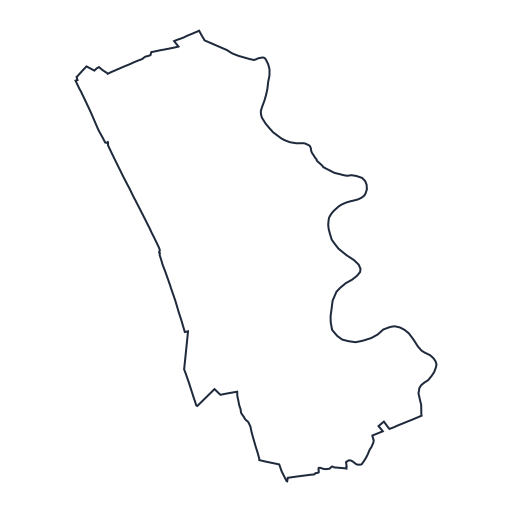 Tamaseni, Neamt, Romania
{"feature_id": "2599482B76925669671751", "entity_name": "Tamaseni", "entity_type": "district", "adm_level": 2, "iso_a3": "ROU", "parent_name": "Romania", "parent_adm1": "Neamt", "projection": "albers", "projection_center": [26.944, 47.0], "detail": "fine", "context": "isolated", "style": "outline", "palette": "slate", "viewbox_px": 512, "rotation_deg": 0, "n_neighbors": 0, "source": "geoboundaries", "source_scale": "gbopen_adm2", "svg_char_len": 5306}
<svg xmlns="http://www.w3.org/2000/svg" viewBox="0 0 512 512"><path d="M419.1,389.9L419.4,388.0L421.2,385.2L423.9,382.9L428.2,380.1L431.7,375.8L434.2,372.0L435.9,367.4L436.5,364.5L435.7,361.7L434.2,359.2L432.8,357.6L430.1,355.2L424.7,352.6L421.6,350.7L417.9,346.5L413.4,339.4L408.8,333.3L404.6,329.9L400.1,327.5L394.9,326.3L391.9,326.6L388.9,327.4L383.3,329.5L377.7,334.5L371.1,338.1L362.9,340.7L355.6,342.2L348.5,341.2L342.3,339.6L337.3,336.0L332.1,329.9L330.7,322.2L330.6,316.1L331.7,307.9L332.6,300.7L334.6,296.0L336.5,291.7L340.3,287.7L345.9,283.1L352.2,279.6L357.1,275.7L360.1,272.0L360.5,268.8L358.7,264.7L354.1,260.2L346.5,255.2L338.4,248.6L334.3,243.3L331.7,239.6L329.8,233.3L328.7,229.1L328.2,224.9L328.5,221.4L328.7,219.5L329.1,217.7L330.1,215.7L331.7,213.3L333.6,211.0L338.7,206.4L341.7,204.5L346.0,202.6L350.7,201.2L354.3,200.4L358.3,199.3L361.7,197.6L363.7,196.1L365.1,194.4L365.9,192.4L366.9,189.2L366.6,184.7L365.2,181.1L362.1,177.9L357.0,176.2L356.2,175.9L355.9,175.9L351.5,175.2L347.0,175.8L342.8,175.0L339.0,173.9L338.2,173.8L334.3,172.8L324.7,167.9L324.3,167.5L323.4,167.3L322.3,165.7L316.8,160.7L316.6,159.5L315.0,157.6L313.9,155.7L312.1,153.1L311.2,150.9L310.9,148.6L310.3,146.8L309.6,145.7L307.4,144.6L306.1,143.9L304.2,143.3L303.1,143.2L296.8,143.3L294.6,143.0L289.9,142.2L284.4,140.1L281.3,138.4L273.0,132.2L269.0,127.7L265.6,123.6L261.8,117.5L261.1,114.7L260.8,112.3L260.9,110.8L262.0,107.1L264.4,100.7L266.1,94.8L267.3,89.4L268.2,81.8L269.4,75.9L269.5,73.2L269.5,69.4L268.5,65.3L267.8,63.4L266.9,61.6L265.9,59.6L265.0,58.4L264.1,57.8L263.0,57.5L262.3,57.5L258.2,58.3L256.3,59.2L254.0,60.0L249.5,59.0L238.6,55.9L236.0,54.9L233.4,53.9L231.0,52.7L227.0,50.1L206.2,41.1L204.5,40.3L204.1,39.6L203.7,38.7L203.0,37.7L202.6,37.1L202.1,36.1L201.8,35.6L201.5,35.2L201.0,34.2L200.3,32.9L199.1,30.7L198.3,31.1L197.2,31.6L193.6,33.1L191.3,34.1L188.7,35.1L186.7,36.0L185.4,36.6L183.9,37.4L183.1,37.7L182.3,38.0L181.5,38.3L179.9,38.9L178.0,39.5L177.0,39.9L176.3,40.2L176.0,40.3L174.7,40.8L174.3,41.0L174.1,41.1L176.9,44.6L178.5,46.6L178.3,46.7L178.0,46.7L172.8,47.9L172.5,47.9L168.7,48.7L166.5,49.1L164.7,49.5L162.8,49.8L160.0,50.3L156.8,51.0L155.3,51.3L153.6,51.7L152.3,51.9L151.4,52.0L150.4,55.2L147.8,56.1L146.6,56.3L145.0,56.8L144.0,57.6L143.0,58.3L142.7,58.8L140.0,59.9L137.4,60.8L137.1,60.9L137.0,61.0L134.1,62.2L132.1,63.1L131.9,63.2L130.3,64.0L124.1,66.5L120.8,67.9L118.9,68.8L117.5,69.3L116.7,69.7L116.0,70.0L115.5,70.2L114.8,70.6L114.4,70.7L112.3,71.6L110.1,72.6L108.5,73.4L107.7,73.8L107.3,73.2L102.7,70.2L99.0,67.1L96.8,68.3L94.4,70.6L86.5,66.4L82.3,70.8L81.5,71.7L80.9,72.4L78.5,75.0L77.8,75.8L77.2,76.5L76.6,76.9L77.5,80.1L76.0,80.4L75.5,80.6L79.6,89.2L80.8,91.2L88.0,106.3L91.1,113.0L94.4,120.7L97.6,128.1L98.7,130.5L101.3,135.2L102.0,136.4L105.2,142.5L105.6,142.7L106.0,142.8L106.5,142.8L107.0,142.6L107.4,142.2L107.8,142.0L108.0,142.5L108.0,145.3L109.5,148.5L114.8,159.5L123.6,177.3L127.1,184.0L127.4,184.6L129.6,188.7L131.7,193.1L134.4,198.5L135.4,200.3L136.8,203.1L139.8,208.9L142.2,213.6L145.0,219.1L148.1,225.3L149.8,228.6L150.6,230.4L151.3,232.0L153.9,237.1L155.4,240.2L157.5,244.5L159.2,248.2L159.6,249.5L159.8,250.0L159.8,250.4L159.7,250.4L159.2,251.9L159.1,252.3L159.2,252.6L159.3,252.8L159.8,253.0L159.9,253.4L159.6,254.5L159.7,255.2L161.3,260.2L162.6,264.7L163.4,266.8L165.3,271.7L166.7,275.7L168.0,279.3L169.5,283.7L170.0,284.8L170.4,286.3L170.9,287.9L175.2,300.3L179.0,313.1L181.4,320.4L184.8,332.0L188.0,331.3L188.0,331.6L187.5,336.7L185.4,357.1L184.3,367.6L184.1,369.3L185.7,373.5L188.7,382.1L192.7,394.5L194.3,399.6L194.7,400.4L195.1,401.6L195.4,402.7L195.9,404.3L196.3,405.4L197.0,405.9L197.3,406.0L207.5,396.0L212.7,390.9L214.5,389.1L220.4,394.8L226.9,393.5L233.2,392.4L237.2,391.7L237.3,395.8L237.9,398.8L238.4,400.9L238.7,402.6L239.1,404.8L239.9,407.3L240.6,409.2L240.8,411.2L241.2,413.1L241.8,414.0L242.7,415.4L243.7,416.6L244.2,417.6L244.9,418.8L245.4,419.5L246.0,420.1L247.0,420.9L248.3,422.1L250.4,426.5L251.6,432.2L252.4,435.2L255.7,446.7L257.8,453.3L259.2,458.5L259.3,460.1L265.2,461.5L279.2,464.4L281.8,471.7L286.6,481.1L287.2,481.3L287.8,477.8L297.8,476.4L310.3,474.8L314.3,474.4L314.5,474.3L314.8,473.9L315.1,473.4L315.5,473.2L316.1,473.1L317.6,472.8L318.5,472.6L318.7,472.4L318.8,471.8L318.5,468.9L318.5,468.3L318.8,467.9L319.2,467.8L320.0,467.8L320.9,468.0L322.0,468.4L323.1,468.8L323.8,468.9L325.6,469.1L326.7,469.1L327.7,468.9L328.6,468.9L329.1,468.8L329.7,468.5L330.6,467.7L331.3,467.0L331.9,466.6L332.2,466.5L332.6,466.6L333.5,467.1L334.3,467.4L335.2,467.5L336.9,467.6L339.1,467.8L342.7,468.1L345.5,468.4L346.4,468.6L346.2,467.0L346.7,466.7L346.0,462.2L346.6,461.9L347.5,461.0L348.7,460.4L350.5,460.4L352.5,461.3L354.9,463.2L356.4,464.3L357.7,464.7L359.1,464.7L360.0,464.7L360.7,464.6L361.3,464.4L361.9,464.0L362.8,462.7L363.3,461.9L364.4,460.4L365.5,458.6L367.1,455.7L368.0,453.7L368.5,452.5L369.1,451.0L369.5,450.1L370.2,448.8L371.2,447.5L371.8,446.1L372.5,444.6L373.1,443.3L373.5,441.9L373.7,440.2L373.2,439.1L373.3,438.7L373.1,438.0L372.5,436.6L372.4,435.5L382.1,431.6L382.8,431.3L381.6,429.8L378.5,426.1L383.9,421.6L388.1,427.3L389.4,428.9L390.3,428.6L394.8,426.9L396.2,426.1L398.7,425.1L406.1,422.1L413.3,419.2L421.6,415.7L421.3,413.9L421.2,405.0L420.0,400.0L418.5,393.4L419.1,389.9Z" fill="none" stroke="#1e293b" stroke-width="2"/></svg>